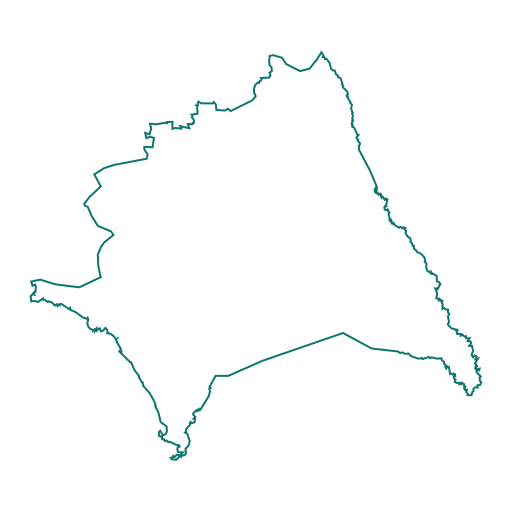 outline of Lanao del Sur, Lanao del Sur, Philippines
{"feature_id": "2640588B65127685102762", "entity_name": "Lanao del Sur", "entity_type": "district", "adm_level": 2, "iso_a3": "PHL", "parent_name": "Philippines", "parent_adm1": "Lanao del Sur", "projection": "natural_earth1", "projection_center": [124.133, 7.782], "detail": "fine", "context": "isolated", "style": "outline", "palette": "teal", "viewbox_px": 512, "rotation_deg": 0, "n_neighbors": 0, "source": "geoboundaries", "source_scale": "gbopen_adm2", "svg_char_len": 6018}
<svg xmlns="http://www.w3.org/2000/svg" viewBox="0 0 512 512"><path d="M329.5,62.7L326.5,58.9L324.9,59.0L324.6,57.2L322.8,57.0L323.5,55.4L321.4,52.3L317.4,58.8L309.6,68.6L300.1,71.1L286.1,64.0L282.0,57.7L273.2,55.2L269.7,56.0L269.1,62.0L269.6,65.2L271.6,67.5L271.8,71.3L269.4,72.9L270.5,75.2L269.3,77.6L261.0,78.0L261.6,79.1L261.1,80.5L259.6,81.1L259.0,83.0L257.6,82.6L255.3,84.9L253.8,89.3L254.1,92.5L255.7,96.1L252.6,100.2L230.6,111.1L227.9,108.7L225.0,110.5L216.4,109.9L215.9,104.6L213.8,102.0L212.6,103.4L201.3,103.3L198.4,101.6L197.6,103.7L197.9,105.1L196.5,105.4L197.2,105.8L197.5,113.7L191.6,114.7L192.5,115.8L192.0,117.5L193.8,119.8L194.1,122.6L192.7,122.9L192.6,124.2L187.8,124.1L189.3,128.3L180.2,126.1L181.3,128.6L175.0,128.0L172.4,128.9L172.5,121.8L167.0,122.0L167.2,123.2L165.6,122.7L156.5,124.3L150.0,123.7L151.2,128.4L149.6,134.2L145.2,132.9L146.4,138.2L149.7,136.8L154.0,137.9L152.5,147.3L144.3,146.8L144.5,149.8L147.6,154.3L146.7,158.7L114.1,164.9L104.0,168.2L94.3,174.4L100.8,186.4L89.5,196.9L84.1,204.0L85.0,205.7L87.8,207.0L91.7,216.1L97.9,225.9L110.9,231.3L113.5,235.0L104.4,242.2L101.1,246.8L97.8,254.4L98.3,266.1L100.7,277.2L79.3,287.3L55.2,284.3L40.2,279.6L31.1,281.6L32.5,285.7L35.1,284.6L35.8,286.5L35.5,291.9L34.4,291.8L34.2,293.3L33.5,293.4L34.2,294.7L32.4,294.3L30.7,296.1L31.1,301.3L34.7,301.0L38.0,301.9L42.9,298.6L42.9,299.6L44.9,299.9L47.7,302.0L48.8,301.3L51.8,302.3L54.8,305.5L56.3,304.4L57.5,305.9L57.9,304.5L59.5,305.3L59.4,304.3L61.4,303.9L69.4,309.3L70.1,308.1L70.6,310.0L75.6,312.1L82.9,317.5L86.6,318.7L88.2,316.9L87.4,318.2L88.3,319.7L87.3,322.9L88.0,326.1L90.0,328.8L93.0,329.9L93.0,330.7L94.7,329.4L94.9,331.1L96.7,328.4L96.9,330.4L97.9,329.3L99.3,329.3L99.5,327.6L101.0,331.3L103.2,330.6L105.4,327.9L107.1,329.6L107.5,332.3L108.4,331.6L107.2,333.2L110.9,333.9L114.0,336.5L115.6,339.0L116.7,338.7L115.9,339.6L117.1,342.1L118.1,341.9L117.1,342.5L121.0,349.1L119.6,351.0L122.2,351.4L120.0,352.1L130.7,362.7L130.7,361.5L134.6,370.3L139.2,376.1L138.9,377.2L142.5,383.2L142.0,382.3L142.7,382.4L143.3,385.9L149.7,393.2L154.4,401.6L155.7,405.3L155.1,406.0L158.4,412.5L160.6,421.9L166.6,426.5L166.9,431.4L165.5,434.3L163.0,435.2L160.2,430.8L158.9,432.1L158.9,435.5L160.2,436.7L161.9,436.1L162.2,439.1L163.7,439.1L164.7,440.9L166.5,440.4L168.2,442.2L169.5,441.7L177.2,445.2L179.0,445.2L179.6,446.6L177.7,447.4L177.3,449.4L178.1,452.1L182.8,452.4L180.1,455.4L176.6,454.8L174.7,457.0L173.2,455.9L172.8,457.2L170.7,457.8L171.6,459.3L176.3,459.7L179.4,456.6L181.1,456.9L182.2,455.2L184.1,455.4L185.9,453.9L185.5,448.7L188.5,445.7L189.8,441.2L187.3,433.7L185.0,432.5L186.0,431.7L186.3,428.9L189.7,425.2L190.5,421.9L191.2,422.4L190.4,423.0L191.6,423.3L194.6,422.2L195.0,418.7L193.7,418.7L195.3,416.8L193.2,414.7L193.2,413.4L196.2,410.4L197.0,411.1L198.2,409.4L198.8,410.5L200.3,409.9L200.2,408.9L200.8,409.1L208.8,396.0L210.0,391.3L209.2,388.8L210.6,387.9L209.5,386.8L215.6,375.9L228.2,375.9L262.7,360.7L343.0,333.0L371.7,348.5L398.1,351.5L399.9,353.0L402.5,352.4L404.8,353.8L408.6,353.6L411.2,356.2L418.5,358.7L421.8,358.0L422.5,359.1L428.9,356.9L430.0,358.2L431.4,357.4L437.5,358.7L441.5,358.3L441.9,360.2L444.3,362.2L444.1,363.8L446.0,365.4L445.3,367.0L446.3,368.6L447.6,366.5L448.9,366.9L450.1,374.0L450.9,373.5L452.6,374.5L453.7,373.5L455.1,374.3L455.2,376.1L453.8,376.3L454.0,378.4L455.6,379.7L454.7,381.8L456.6,382.9L459.9,382.8L459.6,384.0L461.7,382.9L461.6,384.0L462.6,383.4L464.0,384.1L464.1,385.7L465.3,386.5L464.1,387.6L464.3,388.6L465.1,388.7L465.2,389.9L466.9,389.8L466.1,391.8L467.6,393.5L467.6,395.1L471.5,395.1L472.3,392.0L473.5,391.3L473.4,388.8L475.9,387.0L477.6,387.6L477.7,385.1L480.0,385.1L481.3,382.2L479.8,380.7L479.7,377.5L480.8,376.6L476.5,372.1L477.0,370.2L479.3,370.3L479.6,368.6L476.1,369.6L475.2,368.4L475.6,366.5L476.5,367.1L477.2,365.9L475.0,363.4L478.0,358.5L475.5,359.2L476.7,356.6L474.5,355.4L473.1,357.3L471.6,355.0L473.1,350.9L472.0,346.0L469.2,345.9L471.2,343.2L470.5,341.4L467.7,341.1L469.6,338.3L466.2,338.4L466.1,336.3L464.8,336.7L462.6,334.8L460.8,335.7L461.1,334.1L457.1,333.9L457.5,329.0L456.3,330.9L455.5,329.4L451.4,328.3L449.3,326.2L447.8,324.1L449.1,322.1L447.9,316.4L449.3,313.9L447.8,312.0L448.1,309.7L445.3,309.2L443.5,307.6L442.5,308.6L442.6,304.3L441.8,302.7L442.4,301.0L440.4,300.8L440.7,299.7L440.0,299.3L438.7,300.0L438.9,298.6L436.3,298.3L437.1,293.5L435.3,288.5L437.4,289.2L437.2,288.2L438.4,287.9L439.4,285.2L440.2,285.8L439.7,284.9L440.4,284.0L438.9,282.1L437.0,281.4L436.6,275.9L433.3,273.9L432.3,274.1L432.0,273.3L430.7,273.5L430.7,271.3L429.0,271.9L427.4,271.0L426.2,268.0L426.4,263.5L424.7,261.9L425.3,260.9L424.3,257.2L420.9,253.8L416.7,251.7L416.3,250.4L414.1,248.8L413.7,245.7L412.6,245.7L411.8,242.9L410.3,241.6L410.9,240.1L409.8,237.6L408.5,237.5L406.1,234.1L405.5,232.3L406.0,230.6L404.9,229.4L405.4,228.0L403.3,227.3L402.7,228.4L400.1,226.9L399.2,227.8L394.3,224.9L394.0,223.8L393.3,224.1L393.0,222.7L391.6,223.3L391.5,222.0L390.6,221.6L391.3,220.8L390.9,219.5L389.5,219.8L389.8,218.2L388.6,214.8L389.4,212.5L388.5,212.1L388.3,210.1L387.5,209.4L387.1,210.2L384.7,209.7L384.4,207.2L386.1,206.3L385.4,205.7L386.4,204.6L387.4,199.3L386.5,198.8L386.1,199.7L385.3,198.8L384.6,199.6L382.9,197.0L381.9,196.6L381.6,197.4L380.4,195.2L381.3,195.1L380.7,193.7L378.6,194.6L378.5,193.5L376.8,193.2L377.3,192.3L376.7,191.7L376.5,193.0L375.6,192.3L375.9,191.5L375.0,191.8L374.6,190.1L375.3,188.5L375.8,189.7L376.8,189.1L376.8,186.7L369.8,170.2L358.8,149.4L359.3,147.9L358.7,145.7L359.6,145.1L359.9,143.0L358.2,141.6L358.1,139.5L357.3,139.5L356.5,137.4L358.5,135.0L357.4,134.7L354.2,127.7L352.3,126.7L352.7,125.5L351.9,125.1L352.3,124.2L351.6,123.4L352.7,121.8L352.2,120.7L353.1,120.1L352.2,118.7L353.0,115.8L352.0,113.5L352.7,112.7L351.1,108.8L351.9,104.6L350.4,103.3L350.5,102.1L348.1,98.6L348.0,97.1L347.1,96.9L346.6,95.4L348.1,94.5L347.1,91.3L342.8,87.3L343.0,85.6L341.9,84.5L342.4,83.4L340.5,78.2L337.8,76.9L337.9,75.5L336.0,74.3L334.9,70.6L333.0,70.5L331.1,68.8L329.5,62.7Z" fill="none" stroke="#0f766e" stroke-width="2"/></svg>